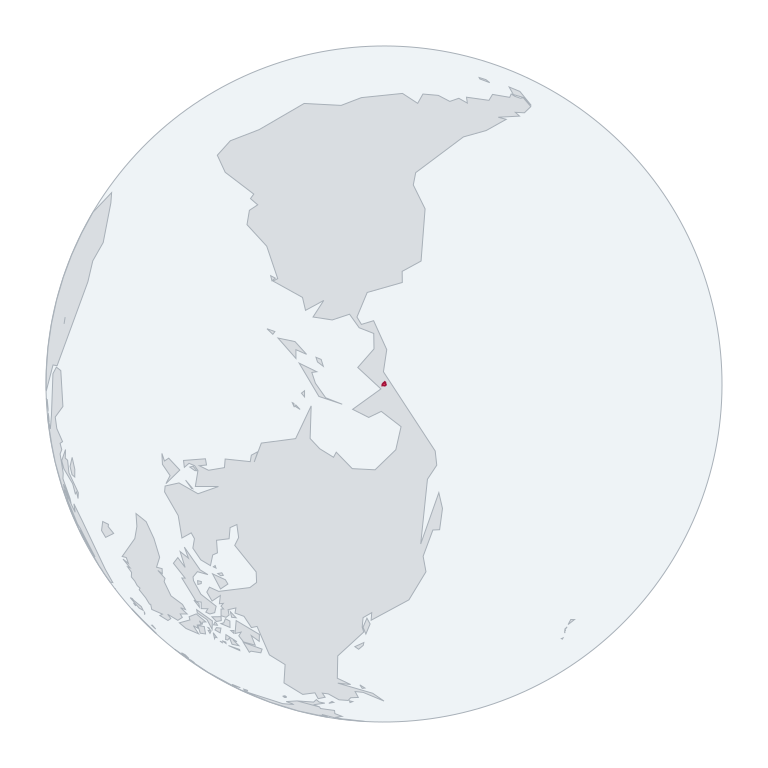 Copán on an orthographic globe, rotated 217°
{"feature_id": "HND-651", "entity_name": "Copán", "entity_type": "Department", "adm_level": 1, "iso_a3": "HND", "parent_name": "Honduras", "parent_adm1": "", "projection": "orthographic", "projection_center": [-88.847, 14.9], "detail": "fine", "context": "on_globe", "style": "filled", "palette": "rose", "viewbox_px": 768, "rotation_deg": 217, "n_neighbors": 0, "source": "natural_earth", "source_scale": "10m", "svg_char_len": 9111}
<svg xmlns="http://www.w3.org/2000/svg" viewBox="0 0 768 768"><g transform="rotate(217 384 384)"><circle cx="384" cy="384" r="338" fill="#eef3f6" stroke="#a8b0b8"/><path d="M445.9,421.2L437.9,418.0L430.4,428.3L402.5,413.1L391.8,393.4L302.8,361.3L293.0,350.9L292.0,334.1L258.4,278.3L274.8,330.2L262.4,319.8L251.9,301.1L257.1,296.8L249.1,270.0L237.5,259.3L234.2,226.6L252.1,187.6L256.2,194.0L260.1,184.8L255.1,176.7L250.9,173.7L257.3,139.0L244.2,120.9L229.8,123.9L240.9,117.3L206.9,130.2L193.2,130.8L215.0,125.2L222.0,121.0L215.9,118.2L221.8,113.4L222.2,109.7L229.9,104.7L242.0,103.0L247.2,100.0L242.5,98.4L247.2,93.1L253.3,95.8L262.1,87.2L284.0,85.1L294.1,100.4L312.5,98.7L339.5,114.0L343.3,109.7L356.0,114.2L365.1,111.4L367.5,116.0L372.7,109.9L368.7,106.3L369.7,102.6L374.7,100.9L378.7,106.2L376.7,107.8L380.5,108.5L380.3,112.1L383.2,109.4L387.4,116.6L390.7,107.2L400.3,111.2L401.1,116.7L391.2,118.9L368.6,140.7L366.3,148.8L373.0,157.0L406.1,165.3L407.7,173.9L416.9,183.2L420.5,176.7L414.6,167.2L423.7,158.4L415.4,148.9L417.9,144.4L413.3,134.5L424.5,133.3L437.9,137.9L442.3,146.4L448.4,149.1L452.7,139.4L469.2,155.1L494.3,165.8L497.4,170.8L488.2,181.6L466.5,184.4L454.5,202.5L473.0,188.6L480.5,202.9L486.2,204.8L492.0,203.3L493.3,197.3L498.1,202.3L481.6,216.8L477.0,212.5L482.3,207.6L472.2,209.5L461.1,221.2L465.7,228.5L444.1,241.5L447.1,247.3L444.1,253.9L440.7,243.6L446.4,263.0L421.7,287.2L429.0,322.7L410.2,296.0L396.4,293.6L380.2,295.1L381.1,300.8L358.4,297.3L339.5,310.1L335.0,338.6L344.7,360.2L369.7,360.5L376.1,348.1L393.8,344.9L383.5,378.2L414.9,381.4L413.1,406.0L422.6,418.2L437.7,414.0L453.5,419.0L463.9,404.0L481.0,394.8L482.4,414.5L491.0,395.6L501.2,404.1L534.6,399.4L532.3,404.2L560.6,423.5L589.3,428.8L596.0,441.7L592.7,451.1L602.2,451.7L602.3,457.3L638.2,457.5L654.8,466.4L653.1,485.8L636.8,512.0L616.6,560.0L585.9,580.7L574.4,599.1L544.1,627.2L526.0,628.4L527.4,639.0L514.3,647.2L501.5,649.3L496.2,657.2L486.5,658.5L490.7,662.7L470.9,673.7L471.6,680.6L456.1,688.6L457.0,692.2L452.6,692.5L447.0,694.3L445.1,696.4L433.7,693.9L435.1,685.1L442.6,680.0L437.0,679.5L453.3,665.8L445.7,668.9L454.9,648.0L469.3,629.1L485.9,571.9L480.4,560.6L456.6,548.6L428.4,504.5L437.3,484.9L430.5,476.1L452.5,447.0L445.9,421.2ZM90.1,310.5L92.2,302.7L93.1,308.3L90.1,310.5ZM92.0,297.6L91.6,300.3L91.6,297.9L92.0,297.6ZM91.1,295.6L91.8,297.1L90.7,296.2L91.1,295.6ZM89.6,294.0L90.5,294.5L90.3,294.8L89.6,294.0ZM428.5,334.9L464.3,349.6L445.1,353.3L448.6,349.8L439.2,343.3L422.3,337.9L405.2,342.7L428.5,334.9ZM88.2,289.0L88.0,287.6L89.1,287.4L88.2,289.0ZM441.8,314.2L435.7,313.2L441.5,312.7L441.8,314.2ZM248.0,173.4L254.4,177.2L256.7,186.7L250.7,184.0L248.0,173.4ZM244.6,156.9L249.2,156.7L244.5,165.4L243.3,162.8L244.6,156.9ZM218.2,127.8L222.2,129.2L216.3,129.7L218.2,127.8ZM220.9,110.2L217.9,111.5L219.4,109.1L220.9,110.2ZM407.4,135.9L410.3,135.3L409.6,137.4L407.4,135.9ZM402.7,132.6L399.9,135.6L397.2,134.5L399.0,132.6L402.7,132.6ZM232.5,99.5L235.9,95.8L234.5,99.2L232.5,99.5ZM406.7,129.2L392.9,132.2L388.3,130.3L391.2,121.9L406.7,129.2ZM239.2,93.5L247.2,85.5L241.1,87.3L262.7,78.6L248.8,87.6L248.1,91.2L244.4,91.0L239.2,93.5ZM365.3,106.0L369.7,109.7L361.4,108.3L365.3,106.0ZM359.7,106.1L332.8,109.0L328.8,103.4L338.6,103.2L329.7,97.9L340.9,93.5L348.4,95.5L348.8,99.9L352.8,95.1L359.7,106.1ZM273.4,75.5L277.1,73.7L275.5,75.4L273.4,75.5ZM369.4,101.1L364.4,101.9L360.5,96.9L370.0,94.5L368.2,96.8L369.4,101.1ZM321.8,98.9L320.6,95.2L329.4,90.6L330.1,88.7L340.9,93.0L321.8,98.9ZM371.6,97.1L374.9,93.5L381.3,94.5L374.1,100.1L371.6,97.1ZM355.5,96.8L354.1,94.5L358.0,94.9L355.5,96.8ZM405.8,97.0L399.8,97.4L397.2,94.7L405.8,97.0ZM375.7,92.2L373.5,91.9L371.8,91.1L375.2,89.1L375.7,92.2ZM346.3,89.7L350.3,88.8L342.4,87.7L348.7,84.7L354.7,88.3L354.7,85.5L356.7,84.6L359.4,88.7L346.3,89.7ZM373.7,84.7L383.5,89.3L395.2,88.8L397.8,91.0L378.5,91.5L373.7,84.7ZM365.1,86.6L371.0,85.9L371.2,88.6L367.3,90.9L365.1,86.6ZM350.8,81.5L339.6,85.1L338.7,84.3L350.8,81.5ZM377.1,83.9L374.6,82.9L377.9,83.6L377.1,83.9ZM358.8,81.5L355.0,82.7L354.0,81.7L358.8,81.5ZM372.9,80.1L376.1,81.4L373.5,82.8L372.9,80.1ZM366.4,80.2L366.0,78.6L370.7,82.6L364.9,80.9L366.4,80.2ZM358.5,80.3L356.7,80.1L360.3,79.9L358.5,80.3ZM380.8,74.4L387.3,79.1L381.6,82.1L376.1,77.0L380.8,74.4ZM451.5,699.4L434.0,695.1L444.4,697.0L454.9,693.0L462.8,696.5L451.5,699.4ZM480.9,688.3L491.1,685.3L492.5,686.0L485.8,688.4L480.9,688.3ZM618.8,141.0L614.7,137.5L621.9,144.4L625.9,148.1L633.1,155.6L623.4,147.3L630.7,158.8L654.6,193.0L655.8,200.3L650.2,200.2L626.9,172.8L626.7,159.8L618.5,151.5L606.0,144.5L607.0,141.7L601.9,137.7L600.6,133.2L586.5,119.7L583.4,115.1L566.0,103.7L562.0,100.3L573.4,107.7L579.7,111.1L570.4,102.3L565.1,98.8L554.6,92.5L553.3,91.6L544.3,86.7L534.2,81.3L557.0,93.7L578.8,107.9L599.5,123.7L618.8,141.0ZM533.5,80.9L539.1,84.5L526.9,78.9L513.7,72.8L510.7,72.0L532.2,82.3L539.8,86.0L544.6,87.8L566.3,100.6L572.0,105.2L553.5,95.7L559.6,101.7L542.4,93.0L494.9,68.2L481.1,62.2L483.4,61.0L493.8,64.4L497.6,65.9L502.2,67.4L533.5,80.9ZM475.8,58.8L475.3,58.7L475.0,58.6L475.8,58.8ZM391.7,46.2L367.6,46.9L351.7,47.8L354.9,47.3L391.7,46.2ZM352.4,47.6L328.0,50.9L312.5,53.7L352.4,47.6ZM312.4,53.8L314.8,53.3L303.4,56.1L308.1,55.1L308.4,55.3L281.4,64.7L272.6,67.7L263.7,73.4L264.9,73.5L271.0,71.5L262.7,78.6L241.1,87.3L239.4,86.6L227.0,93.5L224.9,91.2L217.5,93.3L222.3,88.4L216.0,91.3L211.8,93.9L200.1,100.7L196.4,102.9L218.1,89.6L234.8,82.7L228.9,84.3L235.7,81.0L236.9,80.0L232.3,82.1L228.4,84.0L228.9,83.8L255.8,71.3L283.7,61.3L312.4,53.8ZM719.8,345.9L719.8,346.1L716.7,372.9L711.1,364.2L693.4,328.0L690.7,307.1L682.0,287.4L656.1,201.9L659.8,200.0L649.8,175.8L650.2,175.9L661.3,190.9L661.6,191.3L674.5,211.3L685.9,232.2L695.9,253.9L704.3,276.2L711.1,299.0L716.2,322.3L719.8,345.9ZM675.7,239.5L678.9,245.5L675.7,239.5ZM535.6,399.0L539.7,402.3L534.5,403.1L535.6,399.0ZM443.1,361.6L450.4,361.6L454.4,364.4L449.0,365.8L443.1,361.6ZM502.7,356.8L510.7,357.7L502.7,360.2L502.7,356.8ZM469.7,351.4L496.3,356.9L480.6,364.3L463.7,361.1L475.0,358.4L469.7,351.4ZM439.7,325.9L444.4,327.0L443.4,330.8L439.7,325.9ZM446.0,313.9L444.3,314.3L441.7,311.5L446.0,313.9ZM481.4,202.0L482.9,201.0L489.1,200.8L486.9,203.5L481.4,202.0ZM512.6,186.5L519.6,194.9L513.0,190.4L511.3,195.2L495.3,192.4L498.2,173.2L499.7,182.1L512.6,186.5ZM474.8,184.8L484.6,187.8L473.7,185.3L474.8,184.8ZM575.0,123.6L578.6,123.9L585.1,129.2L588.9,137.7L579.6,129.8L575.0,123.6ZM582.2,123.5L562.7,113.2L559.4,108.4L564.5,112.7L564.4,110.5L572.6,117.0L588.6,123.6L595.3,128.9L598.9,140.0L594.0,133.0L590.8,132.7L582.2,123.5ZM518.5,104.1L510.0,102.0L514.0,94.0L521.4,97.0L525.9,104.9L519.6,106.1L518.5,104.1ZM414.5,114.8L411.0,116.3L409.9,114.6L412.0,111.9L414.5,114.8ZM403.2,97.4L428.7,107.4L426.0,109.3L444.3,114.1L444.2,121.3L432.4,117.8L446.0,127.5L435.3,127.2L445.3,133.6L419.0,124.9L409.9,125.8L420.1,121.8L420.4,115.0L417.8,112.3L403.7,105.9L384.3,105.5L381.6,99.5L384.7,95.5L389.0,94.6L389.4,98.5L394.8,94.6L398.7,99.8L403.2,97.4ZM423.7,64.2L422.4,66.9L433.8,64.2L437.7,67.6L438.8,67.1L445.6,69.8L455.7,72.4L456.0,74.1L459.8,74.5L464.4,76.6L469.7,77.9L472.2,81.6L478.8,83.7L476.2,84.4L487.1,87.1L480.1,86.9L485.4,90.3L489.3,88.7L490.0,110.6L495.6,121.5L504.1,131.3L491.1,130.9L474.8,122.2L458.9,110.6L455.4,100.8L450.1,103.0L446.9,99.1L452.4,99.0L441.9,97.0L440.7,93.9L426.6,86.6L412.3,86.7L406.8,84.4L411.8,82.9L402.8,81.9L408.4,77.7L404.6,76.2L406.4,71.2L418.2,69.9L413.1,68.4L414.2,65.1L423.7,64.2ZM381.7,72.9L395.0,69.6L403.7,70.1L397.0,78.8L399.6,80.8L395.6,87.4L383.1,86.8L385.4,84.9L384.7,82.9L388.9,83.8L385.1,81.7L388.1,79.1L385.9,76.9L390.8,76.2L381.7,72.9ZM645.1,169.5L644.6,168.9L644.1,168.3L645.1,169.5ZM637.3,162.0L635.7,159.7L643.1,167.7L643.9,169.2L637.3,162.0ZM628.5,152.1L635.0,159.0L632.0,156.1L628.5,152.1ZM571.3,105.7L568.8,103.5L571.0,104.7L575.2,107.7L571.3,105.7ZM458.1,60.6L456.0,61.2L453.8,60.6L443.9,60.2L440.2,58.3L444.7,57.7L458.1,60.6ZM452.4,58.4L448.8,58.3L449.2,57.4L452.4,58.4ZM436.9,56.9L436.3,55.7L438.6,58.0L436.9,56.9ZM448.7,52.3L450.6,52.8L434.5,50.2L415.4,47.8L433.3,49.8L443.8,51.4L444.3,51.5L448.7,52.3ZM373.8,46.7L372.2,47.3L367.8,47.3L367.5,47.1L373.8,46.7ZM376.4,46.9L384.0,47.5L379.7,48.1L374.6,47.4L376.4,46.9ZM418.8,50.9L424.4,51.5L423.9,52.0L418.8,50.9ZM274.6,73.9L276.9,73.7L273.1,75.0L274.6,73.9ZM311.3,54.7L311.1,55.1L306.6,56.1L311.3,54.7ZM308.0,57.0L313.2,55.6L309.0,57.1L308.0,57.0ZM324.6,52.7L315.9,55.0L322.3,52.8L324.6,52.7Z" fill="#d9dde1" stroke="#a8b0b8" stroke-width="1"/><path d="M382.3,383.0L382.5,382.9L383.1,382.7L383.3,382.6L384.0,382.0L384.5,381.6L384.7,382.0L384.8,382.0L384.7,382.0L384.8,382.3L385.0,382.4L385.1,382.5L385.1,382.8L385.2,383.0L385.0,383.3L384.9,383.5L384.9,383.8L385.0,383.9L385.2,384.0L385.1,384.3L385.0,384.5L385.1,384.9L385.1,385.0L384.9,385.1L384.7,385.1L384.4,385.1L384.4,385.4L384.5,385.5L384.7,386.1L384.4,386.1L384.2,386.1L384.1,386.3L383.9,386.3L383.7,386.2L383.6,385.8L383.5,385.7L383.2,385.4L383.1,385.2L382.6,385.0L382.4,385.1L382.2,385.0L382.0,384.7L381.9,384.5L381.8,384.4L381.8,384.2L382.0,384.0L382.1,383.9L382.2,383.7L382.1,383.4L382.1,383.2L382.3,383.0Z" fill="#f43f5e" stroke="#9f1239" stroke-width="1.5"/></g></svg>